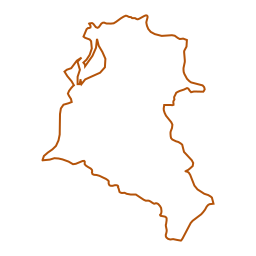 the County of Fier
{"feature_id": "ALB-1495", "entity_name": "Fier", "entity_type": "County", "adm_level": 1, "iso_a3": "ALB", "parent_name": "Albania", "parent_adm1": "", "projection": "robinson", "projection_center": [19.627, 40.746], "detail": "fine", "context": "isolated", "style": "outline", "palette": "amber", "viewbox_px": 256, "rotation_deg": 0, "n_neighbors": 0, "source": "natural_earth", "source_scale": "10m", "svg_char_len": 3378}
<svg xmlns="http://www.w3.org/2000/svg" viewBox="0 0 256 256"><path d="M42.6,160.3L42.5,160.1L43.9,156.0L47.8,152.6L52.4,149.4L56.0,145.9L58.5,140.4L59.7,134.6L60.0,114.0L60.9,108.4L63.5,104.7L68.7,103.2L71.7,102.0L71.0,99.0L68.9,95.7L67.9,93.6L69.1,90.8L71.2,88.0L73.1,85.9L73.9,85.3L71.6,81.3L67.3,76.1L64.5,71.6L66.9,69.7L71.2,68.2L76.8,60.7L81.5,57.6L77.5,61.7L79.9,69.8L77.6,76.8L77.6,84.1L79.7,84.1L80.6,79.1L80.5,80.2L80.9,81.4L81.5,84.1L85.2,79.4L100.1,72.7L104.9,67.3L105.4,58.8L102.4,52.0L98.7,45.7L97.0,38.9L96.0,47.8L92.5,55.8L85.1,66.2L85.0,64.6L83.4,62.6L86.5,59.7L89.7,54.8L91.8,48.5L91.1,41.2L89.7,39.5L85.1,37.8L83.5,36.6L86.6,29.2L87.2,28.7L88.1,28.0L88.9,28.1L90.4,27.5L90.6,26.4L90.3,25.3L89.1,23.6L89.3,23.4L90.0,23.4L91.5,23.1L92.4,23.2L93.5,24.1L95.8,27.1L97.5,27.8L98.6,27.3L99.7,26.0L101.3,23.7L102.6,22.8L104.1,22.6L105.3,23.1L106.5,23.5L110.9,23.6L113.7,23.3L116.0,21.9L120.9,18.3L123.7,16.6L125.8,15.7L126.9,15.9L128.9,16.9L131.1,17.2L131.4,17.4L131.7,17.8L132.1,18.1L134.9,18.1L135.8,18.5L136.3,19.0L137.8,19.3L139.3,18.7L144.2,16.0L145.7,15.4L146.5,15.4L147.0,15.6L147.4,16.1L147.6,16.9L147.5,17.6L146.8,20.2L146.3,22.3L146.5,23.7L147.0,25.9L148.3,29.0L150.7,31.9L154.8,34.1L161.7,35.9L171.9,35.2L174.7,35.7L177.7,37.9L179.7,39.0L181.9,38.8L183.1,38.6L186.9,40.0L186.5,46.6L184.3,50.7L184.1,51.9L184.8,60.2L184.8,61.9L183.5,68.1L183.5,69.9L183.7,72.0L184.4,74.0L187.0,78.8L189.4,81.2L191.1,82.4L202.6,85.4L204.1,87.1L204.4,88.0L204.7,89.3L203.9,90.9L203.2,91.7L194.0,91.5L191.1,92.2L189.7,90.7L188.5,88.8L187.7,88.3L187.0,88.1L183.9,89.6L179.6,91.0L177.5,92.0L176.2,92.8L175.4,94.6L174.2,96.9L174.1,97.9L174.3,98.8L174.4,99.5L173.4,101.2L173.3,102.4L173.5,103.6L173.5,104.8L172.2,105.2L170.8,105.0L164.2,105.0L163.7,108.6L163.8,110.2L164.6,112.8L166.0,115.7L171.3,122.3L172.4,124.7L172.0,128.0L170.7,131.4L170.5,132.5L170.5,133.9L170.7,136.4L171.1,138.1L172.3,139.5L176.0,141.3L178.4,142.0L180.8,143.5L182.2,144.7L184.0,151.9L191.8,160.3L193.2,163.0L192.7,166.0L190.3,168.2L188.2,169.9L186.3,170.8L185.7,171.2L186.0,171.5L187.4,171.7L188.8,172.7L190.2,174.9L194.4,185.6L197.5,189.4L204.3,193.8L208.3,195.1L210.9,196.7L211.9,197.6L213.5,203.7L209.5,204.2L208.1,205.0L206.7,206.6L205.0,209.7L203.1,212.2L201.2,214.3L192.6,220.8L190.7,223.0L182.6,238.4L181.6,239.9L180.9,240.6L176.9,239.9L173.1,239.1L170.3,239.5L168.1,238.9L166.3,237.4L165.8,236.1L165.8,234.7L166.2,233.4L166.6,231.7L166.7,230.0L165.9,226.2L165.8,225.0L166.1,223.9L166.6,220.4L166.6,218.2L165.9,217.2L164.9,216.6L160.6,215.8L160.2,215.3L160.1,214.8L160.5,214.4L160.9,214.0L161.3,212.8L161.5,211.1L161.1,208.0L160.1,206.2L158.3,204.1L157.2,203.5L156.0,203.2L155.3,203.4L154.6,203.7L153.8,203.6L152.4,202.8L150.5,201.5L149.1,200.8L148.0,200.6L146.8,200.7L145.8,200.7L143.8,199.8L135.8,194.5L130.5,194.5L126.7,193.8L124.6,192.8L121.9,193.0L120.5,192.6L119.5,191.9L118.6,188.5L118.0,187.2L118.2,186.5L118.0,186.0L117.5,185.5L116.2,185.2L114.8,185.2L112.7,185.8L110.8,185.8L109.5,185.3L108.8,184.0L108.6,183.1L108.7,182.1L108.7,181.2L107.8,180.2L106.1,179.0L99.4,175.8L96.6,175.0L94.0,174.8L92.5,174.1L91.9,172.4L92.2,171.1L91.9,169.8L90.8,168.6L87.7,166.8L85.8,165.5L84.7,164.2L84.7,163.2L84.7,162.5L84.7,161.5L84.1,160.9L82.6,161.0L75.8,163.8L73.0,164.2L68.6,161.6L62.5,159.4L58.5,158.5L54.4,158.2L49.8,159.6L42.7,160.3L42.6,160.3Z" fill="none" stroke="#b45309" stroke-width="2"/></svg>